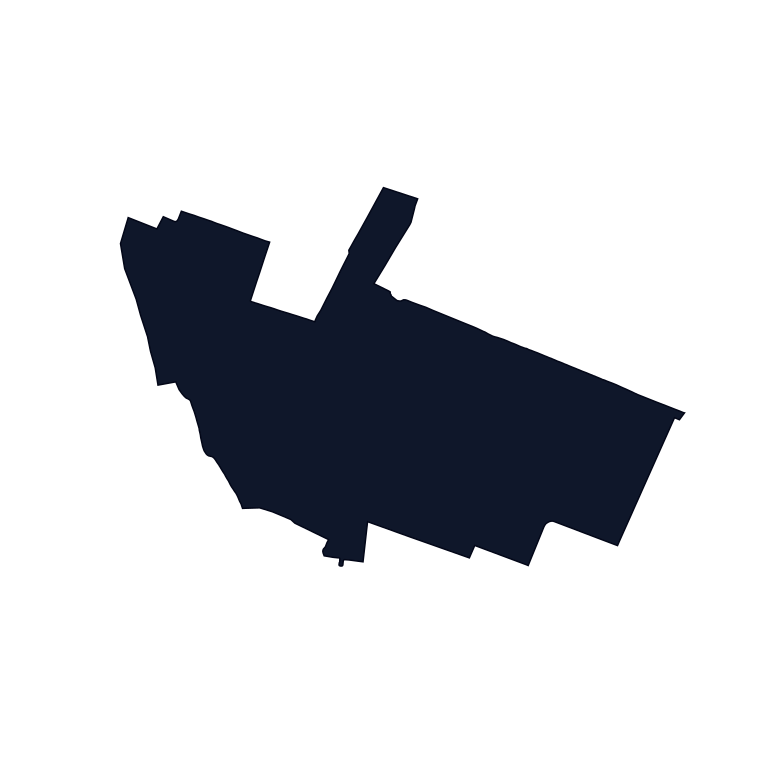 Orlea, Romania, rotated 108°
{"feature_id": "2599482B39990554415713", "entity_name": "Orlea", "entity_type": "district", "adm_level": 2, "iso_a3": "ROU", "parent_name": "Romania", "parent_adm1": "", "projection": "mercator", "projection_center": [24.363, 43.754], "detail": "fine", "context": "isolated", "style": "filled", "palette": "ink", "viewbox_px": 768, "rotation_deg": 108, "n_neighbors": 0, "source": "geoboundaries", "source_scale": "gbopen_adm2", "svg_char_len": 4196}
<svg xmlns="http://www.w3.org/2000/svg" viewBox="0 0 768 768"><g transform="rotate(108 384 384)"><path d="M465.5,112.0L461.2,111.6L430.2,108.3L422.2,107.5L414.9,106.7L406.2,105.8L326.3,97.3L326.4,95.6L326.7,92.0L320.4,89.9L318.6,89.3L318.7,90.0L318.6,91.7L317.6,108.2L317.0,119.4L316.0,134.8L315.7,139.8L315.5,140.6L315.4,142.3L314.9,145.6L314.4,150.0L314.1,152.6L313.9,154.9L313.6,157.7L313.0,162.8L312.7,166.9L312.5,171.4L312.4,173.2L312.2,175.2L312.2,176.8L312.3,177.4L312.1,178.7L311.9,180.8L311.7,183.3L311.6,185.0L311.4,186.0L311.5,187.4L311.3,188.2L311.2,190.5L310.9,194.0L310.8,195.3L310.6,199.7L310.3,202.9L310.2,204.8L310.0,207.1L309.8,210.4L309.5,214.4L309.3,216.0L309.2,218.6L309.0,220.1L308.8,222.9L308.7,226.0L308.4,228.8L308.2,231.3L308.0,233.0L308.0,235.0L307.8,236.9L307.7,238.2L307.6,240.1L307.4,242.2L307.2,244.9L307.0,247.2L306.9,249.4L306.8,251.5L306.6,254.5L306.6,255.8L306.6,257.2L306.4,257.8L306.3,258.5L306.2,259.7L306.3,260.2L306.4,260.7L306.4,261.8L306.3,263.7L306.3,265.2L306.2,266.3L306.1,267.4L306.0,268.1L305.9,269.2L305.7,271.0L305.6,272.5L305.5,274.3L305.5,275.6L305.3,277.4L305.1,279.1L305.0,280.0L304.9,281.5L304.7,284.0L304.7,286.3L304.7,288.2L304.7,290.7L304.9,293.1L304.9,295.6L304.7,296.7L304.6,297.7L304.4,298.7L304.3,299.9L303.4,304.0L303.3,305.7L302.3,313.4L298.9,360.0L298.1,368.0L298.0,374.2L297.7,382.3L297.5,385.1L297.3,387.7L297.3,389.4L297.9,391.5L299.8,393.4L300.4,395.3L300.6,397.5L298.8,402.3L298.1,404.2L296.9,405.0L295.9,406.2L294.9,406.4L294.5,406.6L294.1,408.2L291.7,424.6L271.2,419.7L259.9,417.2L250.8,415.2L224.5,408.7L221.8,408.3L208.0,409.2L205.1,409.5L197.5,409.2L197.4,445.2L231.2,451.5L235.8,452.4L249.2,455.0L253.8,456.0L257.6,456.8L263.4,457.9L267.6,458.8L270.7,457.4L274.8,458.0L281.7,459.1L290.9,460.5L302.8,462.1L309.3,463.0L319.7,464.8L333.5,466.9L339.7,468.5L344.0,469.0L346.2,469.1L346.2,473.7L346.1,478.1L346.2,480.2L346.2,484.3L346.2,488.3L346.3,492.8L346.3,496.6L346.4,500.0L346.5,504.3L346.5,508.1L346.4,511.6L346.4,515.5L346.5,518.2L346.6,522.1L346.6,526.6L346.6,529.9L346.7,531.7L346.6,532.9L346.7,535.6L346.2,536.8L326.2,536.8L317.4,536.7L299.1,536.7L287.0,536.6L284.4,536.6L284.6,541.1L284.4,545.9L284.2,549.4L284.2,554.3L284.0,564.7L283.8,568.3L283.6,571.8L283.4,576.5L283.2,580.4L283.1,583.8L283.0,588.7L283.0,592.4L282.8,595.9L282.6,598.1L282.6,601.5L282.5,606.4L282.5,611.5L282.3,617.0L282.4,621.6L282.3,630.1L290.6,630.6L292.2,631.0L293.3,631.5L294.1,632.6L294.2,634.0L293.1,645.6L306.7,647.9L304.8,678.7L307.4,678.6L308.2,678.6L331.9,678.0L354.4,666.3L379.9,645.9L393.9,636.7L411.1,624.2L412.3,623.3L413.0,623.0L413.3,622.8L422.9,617.4L424.1,616.7L424.8,616.3L425.9,615.6L439.3,606.6L454.9,598.6L446.3,582.7L452.7,577.1L455.7,573.0L457.4,570.2L458.2,568.5L458.5,567.7L458.7,565.8L459.1,564.1L459.7,563.0L461.3,561.8L463.7,560.1L466.0,558.3L468.6,556.2L470.4,554.9L472.7,553.3L474.6,552.0L476.5,550.8L478.7,549.3L480.6,548.0L482.5,546.7L483.6,546.0L485.0,545.4L487.3,544.0L489.2,542.9L491.7,541.7L494.4,540.1L496.8,538.7L499.1,537.4L501.6,535.6L503.1,534.4L504.4,532.8L505.5,531.4L506.1,530.2L506.5,528.6L506.4,527.3L506.2,525.0L506.4,524.2L507.1,522.5L508.4,520.7L509.9,518.9L511.4,516.9L512.1,515.9L512.7,515.4L513.0,514.9L515.4,512.2L517.2,510.1L519.0,507.8L520.7,506.1L522.5,504.1L524.3,501.9L527.2,499.1L528.9,497.2L530.5,495.1L532.4,492.8L533.5,491.2L535.1,489.5L536.9,487.8L540.1,485.1L540.6,484.6L541.4,483.7L542.2,482.9L546.0,480.1L544.6,476.3L540.2,464.0L540.0,450.7L540.8,440.7L541.7,430.6L543.9,425.8L547.2,402.1L549.1,388.6L552.6,389.2L554.5,389.3L556.8,389.4L558.3,390.0L559.6,390.6L560.9,390.7L562.3,390.4L563.8,389.5L565.9,387.8L564.6,379.0L563.6,374.3L563.2,372.8L563.4,372.3L563.9,372.0L564.5,371.8L565.4,371.6L567.1,371.1L567.7,371.3L568.3,371.2L569.5,371.0L570.1,370.8L570.5,370.3L570.6,369.5L570.4,368.5L570.0,367.6L569.5,367.3L568.8,367.2L566.2,367.8L564.7,368.1L563.9,367.9L563.3,367.5L562.2,363.1L559.6,349.0L520.0,357.1L521.4,312.1L523.0,249.1L509.5,247.8L511.9,192.9L512.1,190.8L477.7,188.3L470.7,187.8L468.8,187.5L466.7,186.8L465.2,185.6L464.1,184.6L463.3,183.5L462.6,182.2L462.3,181.2L462.2,179.8L464.4,135.1L465.5,112.0Z" fill="#0f172a" stroke="#020617" stroke-width="1.5"/></g></svg>